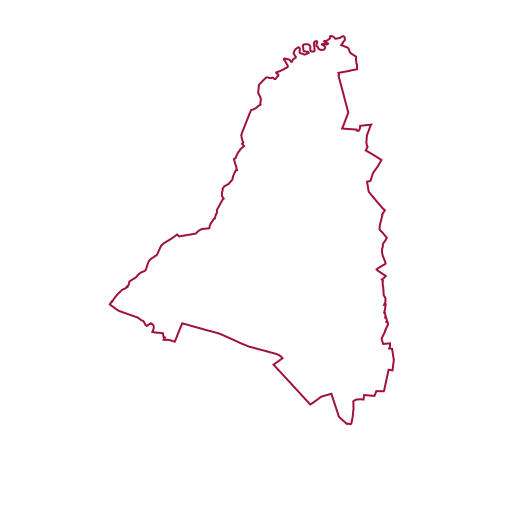 Lazuri, Satu Mare, Romania (Robinson projection), rotated 343°
{"feature_id": "2599482B42166201983382", "entity_name": "Lazuri", "entity_type": "district", "adm_level": 2, "iso_a3": "ROU", "parent_name": "Romania", "parent_adm1": "Satu Mare", "projection": "robinson", "projection_center": [22.883, 47.894], "detail": "fine", "context": "isolated", "style": "outline", "palette": "rose", "viewbox_px": 512, "rotation_deg": 343, "n_neighbors": 0, "source": "geoboundaries", "source_scale": "gbopen_adm2", "svg_char_len": 5953}
<svg xmlns="http://www.w3.org/2000/svg" viewBox="0 0 512 512"><g transform="rotate(343 256 256)"><path d="M149.1,311.3L153.2,314.2L153.8,313.4L154.2,313.1L165.7,298.8L171.3,302.3L174.1,304.2L179.9,307.9L184.0,310.4L185.5,311.6L190.6,314.6L197.1,318.7L200.3,321.2L208.9,328.7L216.3,335.3L219.8,338.1L221.5,339.6L222.4,340.3L246.0,355.1L247.3,356.0L248.9,357.4L250.2,359.0L250.7,359.8L251.5,361.5L241.0,365.0L264.5,413.9L268.5,412.7L277.4,409.6L287.8,409.8L288.3,433.9L290.1,437.1L293.9,443.3L294.8,443.2L295.4,443.4L297.3,444.5L297.6,444.4L297.9,444.2L298.7,443.3L301.7,437.5L302.8,434.9L303.7,432.3L304.0,431.8L304.4,431.4L306.6,423.4L309.1,422.6L309.9,422.6L313.9,423.5L316.9,424.7L318.7,420.6L328.4,424.4L331.6,420.4L338.6,422.7L339.3,421.9L349.6,403.5L353.1,405.3L357.4,395.7L359.0,384.6L356.3,383.4L357.8,381.5L358.6,378.7L351.9,377.3L351.8,372.7L352.0,372.0L352.4,371.5L352.3,371.3L356.0,367.4L356.6,366.9L357.3,365.7L357.7,365.4L357.8,364.9L358.2,364.7L358.4,364.3L358.6,364.3L359.2,363.4L361.1,361.3L361.4,360.9L361.6,360.9L361.9,360.6L362.5,359.3L362.5,358.8L362.4,357.5L361.3,357.3L361.3,357.2L361.6,356.9L362.3,355.9L362.4,355.5L362.4,352.7L361.7,353.0L361.5,352.9L361.6,352.4L362.1,351.6L362.5,350.6L362.4,349.6L362.7,348.4L362.7,348.1L362.5,347.9L362.0,347.6L362.7,346.5L363.3,345.5L363.5,345.3L365.8,340.3L364.3,340.1L366.4,337.6L366.8,336.8L366.8,335.9L367.2,335.2L367.4,334.2L367.3,332.9L366.7,331.4L366.6,330.5L367.1,329.5L367.1,328.7L367.5,327.6L368.7,322.1L368.5,321.8L369.7,317.1L370.1,317.0L370.0,316.3L369.5,315.2L371.7,314.5L374.3,313.1L367.9,305.3L367.4,304.0L371.3,302.8L377.6,301.3L377.7,301.2L377.8,299.4L377.5,295.2L377.3,292.2L377.6,289.2L378.3,287.2L378.6,286.2L379.6,284.8L380.9,281.6L384.5,278.7L386.4,276.9L383.7,270.4L382.0,267.2L382.1,266.2L382.5,264.8L384.2,261.4L388.6,254.3L388.7,253.9L388.5,253.5L392.6,249.9L391.1,247.5L388.6,241.9L382.6,227.5L383.9,217.4L387.0,217.7L387.6,217.4L392.1,211.0L393.1,210.1L399.3,205.4L404.0,200.8L397.8,193.6L391.8,187.1L394.5,184.5L394.4,184.3L394.4,182.3L394.5,181.3L394.6,181.0L394.7,179.7L397.1,173.7L397.7,172.6L403.5,165.0L404.5,164.1L398.2,162.8L393.6,162.0L392.9,164.0L391.9,165.3L390.9,166.2L390.1,166.1L388.9,165.4L388.9,165.2L389.1,164.5L375.6,159.3L378.9,155.3L386.2,145.8L386.6,134.8L387.1,123.3L387.6,108.4L387.7,107.5L388.1,107.2L388.3,107.2L388.4,105.0L399.5,106.3L399.6,106.1L407.1,107.0L407.3,106.3L407.6,105.9L407.7,105.2L408.4,103.2L408.4,102.3L408.3,101.5L409.0,98.0L409.4,96.4L410.0,94.9L410.0,94.6L406.6,90.7L405.6,89.1L405.4,88.6L405.1,84.6L404.8,83.9L404.3,83.3L399.1,79.2L400.9,78.0L400.9,77.9L401.2,77.8L401.5,77.2L404.0,75.5L404.6,73.7L404.7,72.9L404.6,72.3L403.8,71.3L402.0,71.3L401.5,71.6L400.0,72.1L397.8,71.7L396.5,71.7L395.5,71.5L395.1,71.0L394.6,69.7L393.1,68.0L392.3,67.7L391.2,67.5L390.7,68.1L390.7,69.0L390.4,69.4L389.6,69.8L386.2,71.0L384.8,70.4L384.1,70.4L383.9,70.7L384.3,71.5L387.0,73.8L386.8,74.2L386.2,74.4L385.3,74.3L384.3,74.0L382.0,72.7L381.4,72.5L380.8,73.1L381.2,73.5L382.4,74.5L382.9,75.6L383.1,76.5L382.9,77.4L381.6,78.3L380.8,78.5L379.9,78.4L378.2,77.8L377.3,77.1L376.7,76.5L376.4,75.8L376.2,75.0L376.3,74.4L375.6,73.4L375.3,72.7L375.4,71.6L375.8,71.0L377.1,69.5L377.2,68.9L376.7,68.2L376.1,68.0L375.1,68.2L374.0,68.7L373.6,69.3L373.1,71.1L373.0,73.0L372.4,75.0L372.2,76.6L371.8,77.1L370.8,77.3L369.5,77.0L368.2,76.0L368.2,75.0L368.2,74.1L369.1,72.1L369.1,71.1L368.8,70.0L368.3,69.3L367.4,68.7L365.2,67.9L363.5,67.8L362.7,68.0L362.2,68.7L362.1,71.0L361.5,72.5L361.5,73.2L361.7,74.0L362.0,74.3L363.0,74.7L363.3,75.0L364.8,75.6L365.4,76.1L365.7,77.1L364.9,77.1L363.3,77.6L362.0,77.6L361.0,77.5L360.5,77.0L359.7,76.1L358.2,75.5L357.8,75.0L357.3,73.9L357.4,73.3L358.4,71.0L358.5,70.1L358.1,69.1L357.3,68.8L354.5,69.7L353.2,70.5L352.6,71.3L351.9,72.0L351.2,73.4L352.3,77.5L351.9,77.9L348.9,78.8L347.1,80.8L346.2,80.3L345.7,78.7L345.4,78.0L341.2,75.5L340.5,75.6L340.1,76.0L340.7,78.0L342.0,83.2L341.8,84.3L341.1,84.7L339.9,85.0L338.3,85.1L337.4,85.5L332.1,86.3L329.3,86.3L328.9,86.6L329.0,87.3L329.5,88.0L330.2,88.7L330.3,89.7L330.0,90.2L329.5,90.4L328.9,90.6L328.1,91.1L326.5,92.4L326.0,92.4L325.5,92.2L325.0,91.7L324.8,91.1L324.5,90.6L323.9,90.2L322.5,90.3L321.5,90.0L319.2,88.5L318.0,88.4L317.4,88.5L312.4,91.2L308.5,93.5L308.3,94.7L307.0,97.6L305.7,100.8L306.1,102.0L306.6,106.1L306.3,108.5L305.2,110.1L304.9,110.7L304.8,111.1L304.7,112.6L302.2,113.1L299.6,114.4L298.4,114.7L295.7,115.1L294.0,115.0L293.1,116.0L279.5,133.0L277.2,136.2L277.3,136.6L276.9,138.6L276.8,140.6L276.8,142.4L277.1,143.7L275.5,144.6L276.7,147.4L272.2,149.3L271.0,150.6L269.1,151.8L268.6,152.3L266.1,155.0L265.3,156.3L263.2,156.9L263.1,160.9L263.2,165.3L262.8,167.0L262.9,168.4L261.8,168.2L261.0,168.9L258.9,171.2L257.1,173.5L255.8,176.0L253.5,177.5L252.1,178.2L251.0,179.1L246.2,180.0L243.8,181.8L243.6,182.9L242.2,185.1L241.5,186.8L241.0,188.9L241.8,191.7L241.1,191.8L240.4,192.5L232.1,200.5L231.2,203.5L230.5,203.9L229.3,205.3L227.6,208.1L226.6,208.0L225.6,209.0L222.0,211.9L220.8,213.3L220.2,214.5L219.4,215.8L212.0,214.4L208.4,215.1L205.1,216.9L204.5,216.9L188.2,214.8L187.1,212.7L186.9,212.4L180.9,214.5L171.4,216.9L168.2,218.5L167.4,219.5L166.7,220.1L165.3,221.8L162.2,225.3L161.0,226.4L159.5,226.5L158.2,226.9L157.9,227.2L155.3,227.8L152.6,229.1L151.3,230.5L149.6,232.6L148.4,234.4L147.2,236.3L146.2,237.3L145.0,237.8L141.5,238.1L140.8,238.2L137.3,239.7L136.6,240.2L136.3,240.6L135.8,240.9L132.9,242.0L132.2,242.0L127.8,243.3L127.3,243.6L126.5,245.3L125.6,246.6L123.9,247.3L124.2,248.0L121.3,248.8L117.9,249.3L112.8,251.9L109.0,254.4L105.0,257.6L104.7,257.3L102.0,259.6L107.2,266.5L108.8,268.4L124.8,280.2L127.5,283.8L129.3,285.4L130.3,289.9L131.3,291.1L132.7,290.4L134.2,290.1L135.7,289.6L136.4,290.1L136.3,290.6L137.1,291.2L137.4,291.8L137.6,292.3L137.6,293.6L137.4,294.3L136.9,295.5L135.5,297.5L134.7,298.4L137.6,299.8L144.4,302.6L143.9,306.5L145.1,307.3L143.2,309.1L147.6,310.6L149.1,311.3Z" fill="none" stroke="#9f1239" stroke-width="2"/></g></svg>